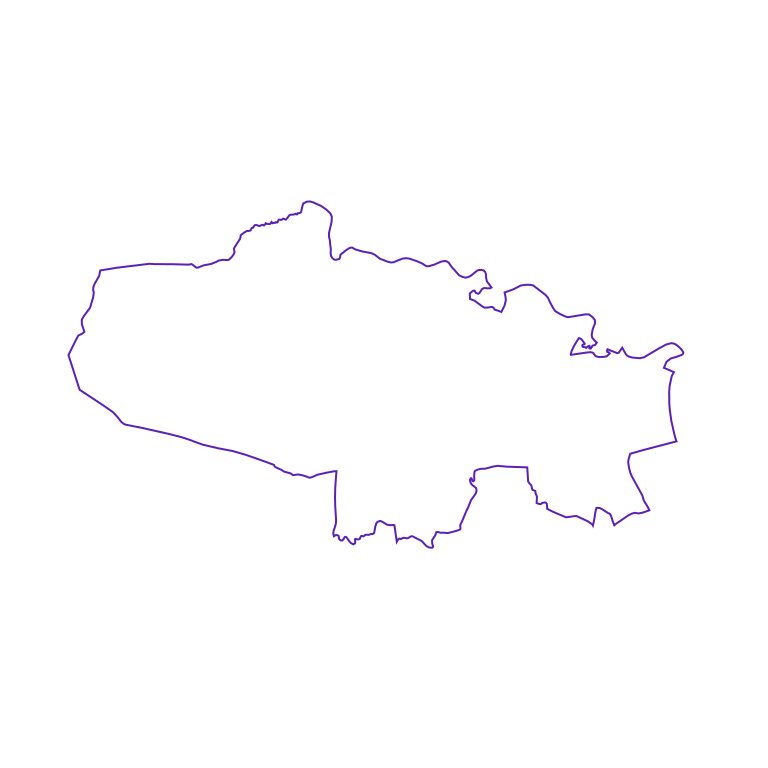 Ninh Phuoc, Ninh Thuận, Vietnam (orthographic projection), rotated 345°
{"feature_id": "81297802B18401806223645", "entity_name": "Ninh Phuoc", "entity_type": "district", "adm_level": 2, "iso_a3": "VNM", "parent_name": "Vietnam", "parent_adm1": "Ninh Thuận", "projection": "orthographic", "projection_center": [108.902, 11.561], "detail": "fine", "context": "isolated", "style": "outline", "palette": "violet", "viewbox_px": 768, "rotation_deg": 345, "n_neighbors": 0, "source": "geoboundaries", "source_scale": "gbopen_adm2", "svg_char_len": 6151}
<svg xmlns="http://www.w3.org/2000/svg" viewBox="0 0 768 768"><g transform="rotate(345 384 384)"><path d="M481.6,292.2L479.9,289.1L477.9,283.5L476.3,281.8L475.2,281.1L472.8,280.7L470.6,280.6L463.4,281.7L458.1,281.8L456.1,281.5L455.0,280.8L452.4,277.8L448.0,274.2L440.7,269.3L437.8,268.2L434.7,267.7L430.1,268.1L425.1,268.9L422.3,268.5L419.3,266.9L412.2,261.7L408.8,257.0L405.5,254.2L397.6,250.5L391.3,246.7L388.6,244.0L387.1,243.7L385.5,243.8L381.6,245.1L376.8,247.2L375.4,247.9L374.1,250.7L373.3,251.6L369.5,251.6L368.0,250.8L366.6,248.9L366.0,246.3L366.3,243.8L367.6,239.7L368.1,235.5L368.9,231.2L369.0,227.5L370.0,223.8L375.3,213.9L376.9,209.0L376.6,206.7L375.9,204.6L373.3,200.4L369.3,195.7L362.8,190.4L359.9,188.6L356.9,187.9L352.7,188.7L350.3,192.7L348.9,195.7L348.0,196.8L346.6,197.0L344.6,196.8L344.1,197.6L343.4,197.5L342.5,196.7L340.7,197.0L337.6,196.3L336.3,196.5L332.0,199.8L331.5,199.7L329.7,198.3L329.1,198.2L328.0,198.8L327.1,198.9L325.7,198.2L325.1,198.0L324.5,198.4L323.3,200.0L322.5,200.4L321.4,199.7L320.8,199.8L320.4,200.2L318.6,199.6L317.7,199.8L317.4,199.5L317.5,199.0L317.3,198.4L315.4,199.9L314.0,199.8L311.6,198.3L311.5,198.9L310.6,199.2L309.9,198.9L309.0,199.7L307.9,198.9L307.3,198.7L305.0,199.2L304.3,199.1L302.3,197.6L300.6,197.1L300.0,197.3L297.8,199.2L296.8,199.1L296.2,199.5L295.0,201.1L293.1,201.2L291.5,200.7L289.1,201.2L284.9,202.8L283.9,203.5L283.5,204.9L282.5,206.5L274.1,214.2L273.7,218.1L272.0,220.2L269.4,222.2L266.1,223.9L263.9,223.5L260.4,222.3L256.3,222.0L253.1,222.7L247.9,223.3L240.6,222.7L234.6,223.4L232.9,223.1L229.7,218.9L228.9,218.3L226.4,218.2L210.2,213.4L193.3,208.8L188.7,207.2L155.7,202.5L139.3,200.9L136.8,205.9L130.5,212.2L128.3,215.3L127.4,217.7L127.4,220.1L127.1,221.2L125.5,225.0L119.8,234.3L111.3,241.0L109.0,243.4L108.4,244.8L107.6,248.4L108.1,256.1L105.4,257.3L101.3,258.1L97.1,262.5L86.7,274.4L88.5,310.8L108.0,332.8L114.8,340.9L117.8,346.4L120.4,352.6L122.2,355.0L123.7,356.3L139.1,363.9L162.4,376.1L174.4,382.8L182.4,388.0L186.6,391.1L193.4,395.8L207.1,403.1L220.7,409.7L232.1,416.6L248.5,427.8L256.7,433.6L257.1,435.5L258.6,437.1L262.5,440.2L265.0,442.9L270.7,446.2L272.5,448.5L277.5,449.1L280.5,450.5L283.8,452.4L287.3,454.9L288.5,455.4L291.3,455.2L296.3,454.4L305.6,454.8L313.2,455.4L315.5,455.9L310.2,471.1L307.4,480.6L305.3,489.2L302.5,503.1L301.6,505.9L299.5,509.6L297.3,512.8L296.3,515.2L296.2,518.1L298.1,517.5L299.3,517.7L300.5,518.5L300.9,519.3L300.5,521.8L300.8,522.6L301.7,523.8L303.2,524.4L304.6,523.5L306.4,521.7L307.4,521.7L308.0,522.2L310.6,528.8L312.8,530.9L313.2,530.6L314.5,530.6L315.1,529.8L315.8,526.6L316.3,526.2L318.9,527.5L320.4,527.4L322.2,525.1L323.1,525.0L324.8,525.8L325.9,525.5L326.3,525.1L327.5,524.9L330.3,525.8L332.5,525.5L334.1,526.0L335.6,525.6L336.7,523.8L338.8,519.1L339.7,518.1L340.1,517.0L342.0,515.5L344.5,515.2L346.1,516.1L350.6,520.7L352.9,521.8L357.1,522.8L357.5,523.1L355.5,539.8L357.9,537.5L358.6,537.3L359.2,537.4L359.7,538.0L360.4,538.1L361.9,537.6L362.8,537.7L363.9,537.9L366.0,538.9L367.4,539.1L370.4,538.2L372.0,538.4L379.9,545.5L381.5,548.7L383.0,551.5L385.4,553.7L388.1,554.6L389.0,554.3L389.4,553.5L389.3,550.9L389.7,548.3L390.2,547.1L394.5,543.3L396.1,540.7L396.7,540.7L397.8,540.9L399.8,542.2L403.8,543.3L407.0,544.5L413.5,544.6L417.7,544.5L419.8,544.2L420.4,543.7L421.1,540.2L421.5,539.5L424.6,535.9L431.2,527.3L432.8,525.7L438.0,518.7L444.1,513.7L445.5,511.6L446.1,509.3L445.8,507.9L443.4,504.8L442.4,503.0L442.0,500.2L442.2,499.1L443.2,497.6L443.6,497.5L444.0,497.7L444.2,498.1L444.3,500.0L444.6,500.7L445.2,501.0L446.2,500.4L446.8,498.8L447.1,496.6L448.4,492.9L449.2,491.6L451.5,491.0L453.5,490.9L456.2,491.1L459.6,492.0L468.8,492.0L472.7,492.5L481.1,495.6L500.8,501.6L498.0,515.5L498.8,517.7L500.1,520.1L499.9,524.3L500.2,524.8L502.5,526.4L502.1,528.8L502.6,532.4L500.6,538.5L502.9,540.1L504.2,540.6L505.0,540.4L505.9,539.8L508.7,540.0L509.8,540.8L510.2,541.7L510.0,543.9L509.3,546.9L514.7,551.6L525.4,559.9L534.4,561.0L536.0,561.5L545.4,569.4L548.0,572.5L549.1,574.1L549.2,574.7L551.8,569.7L555.3,561.9L557.0,558.8L557.4,558.7L560.2,559.6L562.1,561.2L567.1,566.7L568.1,567.5L568.8,568.3L569.3,570.9L569.4,575.8L569.9,580.1L571.6,579.2L583.0,575.2L586.6,574.0L589.5,573.4L592.1,573.3L593.3,573.5L596.3,574.9L600.2,575.2L607.6,574.7L607.2,572.1L606.4,569.0L605.0,564.6L604.8,563.1L604.7,558.6L599.6,537.8L598.9,533.3L599.0,528.3L599.2,526.3L599.7,522.5L600.6,520.3L603.8,515.1L617.7,514.9L651.7,515.1L651.5,512.7L651.5,505.9L652.0,493.9L653.5,482.0L654.5,476.8L657.5,465.2L659.5,459.6L664.0,450.8L667.1,447.6L658.6,440.8L662.7,435.6L667.8,433.5L673.2,433.5L679.0,433.0L680.5,432.4L681.3,430.9L680.8,429.0L679.1,425.5L676.7,422.0L674.7,420.1L672.0,418.9L666.7,418.9L659.5,420.6L642.0,425.5L637.8,425.3L630.7,422.7L628.1,421.2L626.2,419.6L625.3,417.7L623.5,410.6L618.9,414.5L617.3,414.6L608.9,408.3L608.2,409.1L607.9,410.6L609.6,411.9L610.0,412.8L609.4,413.3L606.3,414.9L603.4,414.7L598.3,413.5L595.5,411.7L594.1,408.0L591.7,406.7L588.3,406.1L572.1,404.2L572.0,403.8L573.4,401.2L577.1,396.7L584.0,390.1L584.5,390.3L586.4,392.0L588.3,396.9L588.0,397.5L586.1,397.5L585.5,398.0L585.5,399.4L585.7,399.6L587.8,400.5L588.7,401.5L590.0,400.7L591.0,400.4L592.3,400.3L592.4,400.8L591.6,402.6L592.4,403.2L592.9,403.2L593.3,403.0L595.2,401.0L595.6,400.9L597.4,401.0L598.2,400.8L600.3,399.0L599.1,397.4L597.1,393.2L597.3,390.4L599.8,385.0L603.6,380.0L604.2,376.9L602.8,373.4L600.0,369.9L596.8,368.9L578.9,367.1L576.5,365.6L572.3,362.1L568.3,358.0L567.0,354.4L565.4,347.4L564.7,343.0L563.1,339.8L553.7,327.5L551.6,326.4L549.3,325.5L545.5,324.7L541.5,324.3L533.0,326.1L524.2,326.8L523.9,331.3L523.4,334.6L520.7,339.5L516.0,344.8L512.7,342.4L510.1,340.8L509.5,338.5L508.9,337.9L507.8,337.4L504.1,337.0L500.9,336.3L499.0,334.5L492.9,326.8L489.1,324.2L490.3,318.8L493.1,317.4L494.5,317.0L495.3,317.1L495.8,317.8L496.3,319.7L498.2,321.2L499.5,321.0L503.2,317.7L504.7,317.3L506.4,317.4L508.7,318.4L511.5,319.0L512.8,318.6L510.0,311.5L510.1,307.9L510.9,304.5L510.7,302.0L509.7,300.1L507.6,299.0L505.4,298.5L503.6,298.5L495.4,302.1L492.6,302.5L490.4,302.4L487.9,301.1L484.6,298.4L481.6,292.2Z" fill="none" stroke="#5b21b6" stroke-width="2"/></g></svg>